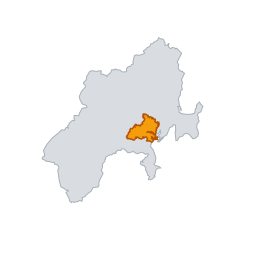 Ukraine, with Mykolayiv highlighted, rotated 303°
{"feature_id": "UKR-284", "entity_name": "Mykolayiv", "entity_type": "Region", "adm_level": 1, "iso_a3": "UKR", "parent_name": "Ukraine", "parent_adm1": "", "projection": "orthographic", "projection_center": [31.887, 47.325], "detail": "medium", "context": "in_parent", "style": "filled", "palette": "amber", "viewbox_px": 256, "rotation_deg": 303, "n_neighbors": 0, "source": "natural_earth", "source_scale": "10m", "svg_char_len": 5472}
<svg xmlns="http://www.w3.org/2000/svg" viewBox="0 0 256 256"><g transform="rotate(303 128 128)"><path d="M171.3,169.7L174.1,173.6L176.4,175.6L177.5,175.6L180.5,174.1L182.5,174.4L184.2,173.0L188.7,173.7L187.5,176.4L187.0,179.0L181.2,180.3L179.0,178.9L176.7,179.0L175.5,181.0L173.3,182.4L172.6,183.9L168.4,184.0L165.7,185.4L163.7,188.4L161.4,190.3L159.5,190.9L156.6,190.3L154.3,188.4L156.0,182.8L155.3,179.8L153.4,178.4L151.1,178.3L148.1,175.9L144.7,176.3L143.5,175.1L150.5,169.6L152.0,169.3L156.2,166.3L155.4,164.0L153.6,164.6L151.1,162.8L143.1,164.3L138.3,161.6L136.0,161.2L135.5,160.5L137.8,159.9L138.0,158.9L134.7,158.2L133.0,156.9L141.8,158.2L144.2,155.9L141.7,156.7L139.2,156.2L138.3,155.5L137.3,153.3L137.2,150.1L136.1,147.4L135.3,146.5L136.9,151.0L136.5,155.4L132.8,155.2L133.1,153.4L131.4,155.7L128.5,155.8L124.8,156.9L123.2,161.4L118.2,167.6L113.8,169.6L112.3,169.2L111.7,169.7L111.3,171.7L112.0,172.6L112.6,175.8L112.3,177.1L110.8,175.3L109.0,174.4L107.0,174.6L103.3,176.3L102.1,175.9L102.1,176.9L101.8,177.1L98.4,176.1L96.9,175.1L95.8,173.4L97.0,172.7L99.1,172.5L99.1,170.2L101.8,167.3L102.0,166.0L104.3,164.3L105.1,162.3L104.3,159.3L104.7,157.8L107.2,156.9L107.3,159.2L107.9,159.0L108.5,157.8L111.8,159.0L112.8,158.3L114.2,159.8L116.8,159.5L117.5,158.8L115.3,156.9L115.5,154.0L114.9,152.3L111.6,150.1L111.0,147.4L111.4,145.2L109.8,144.2L107.2,141.6L108.2,137.1L108.0,135.4L107.4,134.1L105.2,134.2L103.7,131.5L101.2,130.9L100.4,131.8L100.0,130.9L99.2,130.9L99.3,129.8L98.7,129.4L96.6,129.0L96.1,127.9L93.9,126.3L91.1,125.2L89.5,126.1L88.9,125.8L87.7,126.7L83.7,126.2L81.2,128.0L77.8,128.7L77.4,130.1L76.1,131.9L68.6,132.6L65.4,133.7L64.2,134.9L62.3,135.1L59.3,131.5L58.3,131.1L55.0,131.5L49.8,129.6L47.1,129.3L44.4,127.4L43.4,128.6L41.4,129.3L41.4,128.0L40.6,126.6L38.7,126.0L38.2,124.8L36.5,123.8L35.8,121.3L34.6,121.2L35.0,118.6L36.8,117.0L40.1,111.2L43.1,112.1L43.2,111.5L42.0,109.9L42.5,108.0L42.1,104.0L42.8,103.0L46.7,98.8L54.3,92.1L57.0,91.8L58.4,90.0L58.6,88.7L57.7,85.9L59.0,85.1L59.0,84.7L58.0,83.5L57.1,80.4L55.5,77.3L55.8,76.0L55.3,74.0L55.5,72.6L57.3,72.3L58.8,73.3L60.6,72.2L63.2,69.3L70.2,68.9L78.5,69.9L86.6,72.7L90.2,73.2L91.5,75.8L94.5,75.9L95.4,76.4L95.4,77.9L97.0,76.1L98.5,76.7L100.2,76.1L104.3,77.3L104.7,78.7L105.5,79.1L106.7,77.4L109.3,76.1L111.5,80.1L113.6,79.3L119.6,78.8L121.0,80.1L121.3,81.2L123.3,82.2L124.2,80.8L123.3,77.0L123.8,75.5L125.6,72.3L127.8,70.0L133.6,69.0L138.9,69.9L140.5,68.9L141.2,66.4L141.9,65.9L145.6,66.7L148.8,65.3L154.5,65.1L156.4,66.5L158.3,70.7L161.2,73.8L161.1,74.8L158.6,75.5L158.5,76.0L159.4,77.4L159.8,80.4L160.3,80.8L159.7,82.2L162.5,82.4L164.7,83.3L168.1,82.7L169.2,84.9L170.7,85.1L170.8,86.6L172.2,90.0L171.8,91.9L172.1,93.0L174.0,95.6L174.9,95.9L177.0,94.4L179.3,94.7L181.3,96.6L183.3,96.5L184.6,97.6L185.9,96.2L192.4,93.9L194.2,95.6L194.5,96.8L195.6,98.4L199.3,101.1L200.3,100.7L200.5,99.4L201.3,98.9L203.4,100.1L205.4,100.1L208.3,101.9L210.9,101.2L212.3,102.8L214.0,102.9L217.5,105.0L220.5,104.6L220.5,106.9L221.3,107.9L221.4,109.7L219.4,112.9L217.4,114.0L218.3,115.4L220.8,116.1L221.0,116.6L218.8,117.0L218.0,118.2L217.7,120.6L219.7,121.2L220.6,124.0L220.2,124.9L221.4,125.4L219.8,132.3L210.2,133.3L208.5,136.2L205.7,137.3L204.9,138.2L204.3,142.0L205.2,142.7L204.5,144.3L204.7,145.6L197.6,146.5L195.5,149.1L192.4,150.0L189.9,152.7L188.7,152.0L187.3,152.1L184.3,153.9L181.6,153.9L179.5,154.7L175.0,158.8L173.0,162.2L171.0,163.3L173.8,160.5L173.8,159.0L173.1,157.9L171.4,160.8L169.1,162.1L169.3,165.3L171.3,169.7ZM139.5,163.2L133.1,161.6L132.5,159.8L133.9,161.4L139.5,163.2Z" fill="#d9dde1" stroke="#a8b0b8" stroke-width="1"/><path d="M137.5,154.3L137.2,153.0L137.9,151.0L137.2,150.6L137.6,149.7L136.4,149.4L136.7,148.4L136.2,147.7L136.0,146.9L135.2,146.4L135.1,145.7L134.9,146.4L135.8,146.8L135.9,147.9L136.5,148.4L136.1,149.7L137.3,149.9L136.8,150.7L137.1,151.1L137.5,150.9L137.3,152.1L136.4,152.9L136.8,154.0L136.8,155.4L135.8,155.8L134.3,155.3L133.5,155.5L133.3,155.9L132.3,155.7L133.7,152.8L133.6,152.6L132.5,153.9L131.8,153.0L132.0,153.7L132.5,154.3L131.5,155.7L130.7,156.1L129.0,155.7L128.8,152.6L127.6,151.4L127.4,150.6L129.5,150.2L130.2,149.0L130.4,148.2L129.5,147.2L128.3,146.9L128.9,146.0L128.8,145.5L127.5,145.8L126.2,145.4L125.4,143.0L125.7,141.2L124.9,140.5L124.8,139.7L124.2,139.9L123.9,140.4L123.6,139.8L121.6,139.9L121.0,139.4L120.9,138.3L120.6,137.9L120.8,137.2L120.1,136.6L119.8,134.6L118.9,133.9L118.9,132.7L120.0,132.4L119.8,131.7L120.2,131.7L120.4,131.3L123.2,131.6L124.1,131.0L125.3,131.4L125.8,131.0L126.3,131.5L127.7,130.5L129.1,130.6L129.9,132.1L132.6,132.1L132.7,133.1L133.8,132.1L135.3,132.5L135.4,133.3L134.7,133.7L136.4,135.7L136.1,136.5L136.3,137.2L138.1,137.0L139.3,138.0L140.3,136.9L142.8,137.5L144.7,137.1L144.8,136.6L145.1,136.4L144.9,135.6L145.4,135.3L145.1,134.9L145.2,134.5L146.1,134.1L146.6,134.5L147.2,134.0L147.2,133.4L148.2,133.3L148.9,134.6L148.8,135.2L149.3,135.6L149.1,137.5L149.4,138.1L148.3,138.5L148.7,139.6L148.4,140.3L149.5,140.5L150.0,143.0L149.5,143.2L149.2,142.6L148.8,143.3L149.6,143.7L149.9,144.2L149.7,145.4L150.1,146.2L149.0,146.9L148.4,146.8L147.7,148.1L147.8,148.6L149.3,149.5L148.9,150.2L148.4,149.8L148.1,150.0L148.2,150.5L148.8,150.7L146.6,151.6L148.0,152.0L146.8,152.5L145.5,152.6L143.7,151.8L143.5,152.5L142.1,152.4L141.6,153.1L140.4,152.9L139.7,153.9L137.5,154.3ZM135.9,158.0L134.7,157.8L134.4,158.9L134.2,158.2L132.5,156.4L133.3,157.1L135.2,156.9L136.3,157.4L135.9,158.0Z" fill="#f59e0b" stroke="#b45309" stroke-width="1.5"/></g></svg>